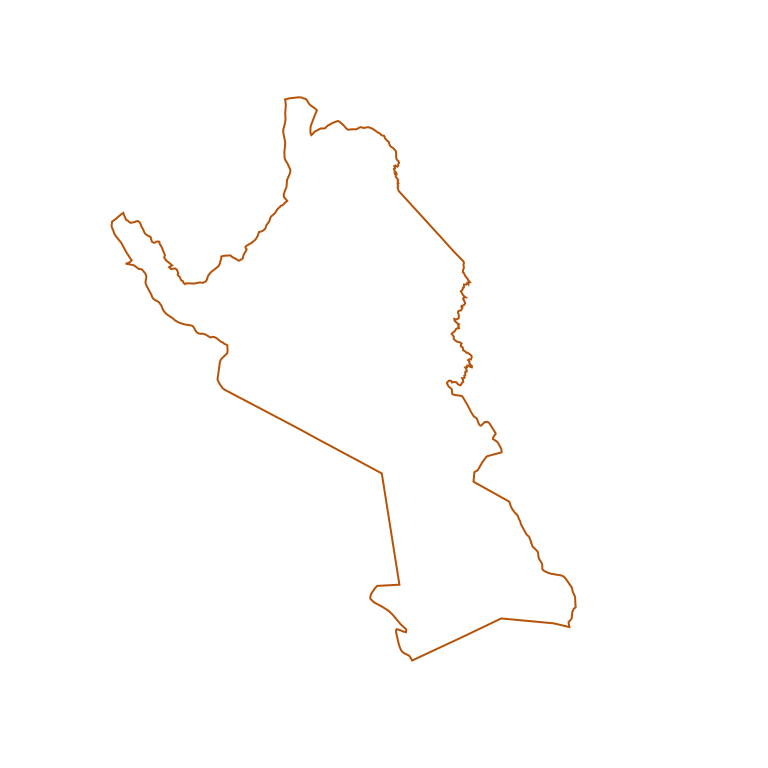 Sotik, Rift Valley, Kenya (Equal Earth projection), rotated 317°
{"feature_id": "3690345B96591011097593", "entity_name": "Sotik", "entity_type": "district", "adm_level": 2, "iso_a3": "KEN", "parent_name": "Kenya", "parent_adm1": "Rift Valley", "projection": "equal_earth", "projection_center": [35.146, -0.766], "detail": "fine", "context": "isolated", "style": "outline", "palette": "amber", "viewbox_px": 768, "rotation_deg": 317, "n_neighbors": 0, "source": "geoboundaries", "source_scale": "gbopen_adm2", "svg_char_len": 6148}
<svg xmlns="http://www.w3.org/2000/svg" viewBox="0 0 768 768"><g transform="rotate(317 384 384)"><path d="M551.6,221.3L551.6,217.8L550.8,214.4L551.8,211.5L552.6,210.5L552.3,208.3L552.3,204.8L553.0,203.8L553.3,202.3L552.4,201.4L551.8,199.7L551.8,197.7L551.1,196.1L549.9,190.3L549.4,188.7L547.8,185.6L545.5,183.9L543.9,183.1L542.2,180.3L541.2,179.8L537.4,178.8L534.0,175.6L531.7,174.0L530.9,172.9L530.7,170.9L530.9,167.9L530.7,164.8L530.4,162.2L529.7,160.2L523.7,157.7L521.3,157.4L520.3,156.8L517.0,156.6L515.8,156.8L514.6,156.4L512.1,154.0L507.1,152.6L505.4,152.2L503.9,152.2L502.4,152.5L500.6,152.4L501.4,150.3L504.7,146.7L506.7,145.2L516.2,140.5L521.6,138.1L521.5,136.0L521.1,133.4L520.5,131.0L520.2,129.2L520.4,127.3L521.3,123.3L521.0,121.7L519.9,120.2L519.1,118.2L517.0,116.0L509.7,110.6L505.6,108.4L504.7,110.0L502.3,113.2L496.6,118.4L492.3,123.5L489.0,126.0L484.2,129.0L481.7,131.5L476.7,139.7L473.9,142.5L469.5,146.2L465.4,150.9L464.5,153.2L463.7,157.3L461.6,163.4L460.0,165.1L458.8,165.8L452.2,168.7L447.3,173.2L445.8,174.1L443.3,175.1L439.4,177.4L438.4,178.9L438.1,184.1L434.1,183.9L432.9,184.1L431.3,184.0L430.0,183.2L428.8,183.5L425.4,183.4L421.3,184.6L420.0,184.7L415.8,184.5L414.2,185.0L410.8,186.9L406.0,187.7L403.9,189.1L402.8,189.4L400.7,189.4L399.1,189.1L396.1,187.6L392.8,189.5L389.4,190.5L387.7,190.7L386.0,190.7L384.7,190.4L383.3,190.6L381.9,190.0L376.8,189.0L375.7,189.8L375.4,191.8L372.6,192.9L370.4,193.4L368.1,194.6L366.8,195.7L365.2,195.7L362.1,195.0L361.5,193.7L361.1,191.9L359.5,187.2L359.4,185.2L354.2,180.9L351.9,179.8L350.7,181.2L347.7,182.8L346.5,183.7L343.9,184.9L341.5,184.9L334.3,184.2L332.6,184.3L329.2,184.9L325.2,187.1L323.6,187.4L320.5,186.5L318.7,184.2L313.6,181.0L308.2,175.6L306.6,175.3L306.3,173.4L307.1,171.8L306.4,169.9L307.7,166.1L307.4,164.6L307.8,163.2L309.1,162.7L310.4,159.2L310.1,157.1L306.7,154.7L306.5,152.0L309.9,152.8L309.5,148.5L308.9,144.7L309.6,141.5L311.6,140.5L314.0,134.2L314.7,132.6L315.5,128.6L316.7,126.7L315.5,125.2L314.2,124.5L313.0,124.4L311.9,123.6L311.3,121.8L312.4,119.2L313.6,117.4L312.3,113.8L311.8,111.5L312.2,109.4L313.2,106.8L314.2,102.7L315.2,100.8L315.5,98.8L315.2,97.0L313.7,96.0L312.4,95.7L308.6,93.3L308.1,91.6L308.0,89.7L307.4,88.0L308.7,84.2L310.0,81.0L306.6,80.6L300.8,80.4L295.9,79.8L292.6,82.5L291.7,84.2L290.5,87.5L289.1,90.6L288.6,94.6L288.1,101.5L285.3,112.5L283.7,121.6L280.0,121.3L277.1,119.8L281.3,125.4L282.1,126.9L283.1,132.6L284.4,134.0L285.1,135.3L285.0,137.3L284.8,139.9L284.3,142.0L283.3,143.6L279.5,146.5L278.4,147.7L277.6,149.3L274.7,160.2L273.8,162.2L273.4,164.4L273.8,166.5L275.1,170.0L275.0,172.1L274.6,175.1L273.5,177.5L272.9,179.5L272.5,183.3L272.8,185.7L274.3,191.9L274.6,195.2L275.9,199.2L278.6,204.2L282.5,209.1L283.5,210.8L283.5,212.9L282.5,216.8L282.3,218.8L283.0,220.7L283.8,221.9L285.9,223.8L286.6,225.0L287.4,226.7L288.4,230.4L289.0,231.8L290.5,232.4L291.8,233.7L292.9,236.6L293.5,241.6L294.4,243.6L294.5,245.1L295.8,248.7L292.8,252.5L290.3,254.6L282.2,254.7L279.4,255.7L266.2,266.4L265.3,267.3L264.5,269.3L263.7,272.7L263.1,277.2L263.8,280.3L290.1,355.5L297.5,377.7L321.4,447.9L258.4,541.3L241.3,527.0L238.1,527.2L231.8,528.7L230.3,529.3L228.6,530.5L227.5,532.0L227.8,536.3L228.1,537.8L230.9,546.1L232.6,552.7L233.0,558.7L232.3,571.5L232.9,578.0L232.1,579.6L230.8,580.5L229.3,578.3L228.4,576.1L226.2,572.0L224.7,572.4L222.9,574.8L217.7,583.8L215.9,587.5L215.0,590.3L214.7,592.2L215.0,594.1L215.5,595.7L216.9,599.1L217.1,600.6L216.0,605.4L272.8,623.8L309.8,635.4L344.9,674.8L353.8,688.2L356.5,684.0L360.7,683.7L362.2,682.9L363.2,681.7L364.7,680.6L366.3,679.1L369.2,677.9L372.1,677.9L374.2,675.1L377.7,671.0L379.0,669.0L380.4,664.5L382.5,661.2L384.1,650.5L384.1,647.5L383.4,645.3L376.6,636.5L375.0,633.4L374.0,630.9L373.4,628.6L373.8,627.0L376.1,624.6L376.9,623.3L377.4,621.8L378.1,617.8L379.5,615.2L381.5,612.6L382.1,611.1L382.0,606.2L381.7,604.8L382.3,603.1L383.0,601.8L383.3,600.0L384.2,599.3L385.1,596.5L385.9,595.0L385.6,590.9L386.6,587.4L388.2,581.0L388.7,579.5L389.6,578.1L390.2,576.5L390.6,574.7L391.5,572.8L392.1,571.2L392.0,566.8L392.5,562.8L393.4,559.8L395.4,555.6L382.8,516.5L390.0,510.1L393.8,511.0L402.1,508.4L408.8,507.1L410.5,507.3L423.3,514.2L424.2,513.3L425.1,512.2L425.7,510.7L427.2,505.0L427.3,503.2L426.2,498.6L427.4,497.5L429.9,496.9L431.0,496.9L432.0,496.2L434.0,486.3L434.3,484.0L433.9,482.3L431.7,480.5L426.6,480.7L425.9,479.6L426.3,477.3L428.0,473.4L428.4,471.6L427.7,470.0L427.7,468.4L428.4,464.5L430.7,456.3L432.5,448.3L432.8,445.8L428.1,440.1L427.1,437.9L430.0,434.0L429.6,429.6L430.4,426.7L431.3,425.9L433.9,425.9L435.2,427.5L434.8,429.3L436.1,429.9L438.1,432.0L437.9,434.4L438.6,436.7L440.0,437.1L441.5,436.3L443.3,436.6L444.5,434.9L445.1,433.0L446.3,434.2L447.5,434.2L448.3,432.7L449.6,432.9L450.6,431.6L451.9,430.5L453.0,431.3L454.3,429.7L454.7,427.2L456.3,428.3L457.4,427.2L458.7,428.5L458.8,430.5L459.6,431.7L460.6,430.8L460.3,428.9L460.8,426.6L461.8,425.8L461.8,423.9L463.3,424.1L464.4,425.4L466.1,424.4L467.2,423.2L467.2,421.3L466.7,419.7L466.6,418.3L465.6,417.6L465.6,415.2L464.8,413.2L465.8,412.2L466.5,410.8L465.9,409.1L466.8,407.9L468.4,407.3L468.2,405.8L466.3,402.9L465.8,400.4L465.8,398.3L467.2,397.2L467.6,395.4L467.6,393.5L469.6,393.3L471.1,393.7L474.2,392.9L475.7,393.3L476.9,394.4L478.2,391.7L479.6,391.5L479.1,390.2L478.7,386.1L479.8,384.4L480.6,385.8L482.1,386.6L483.7,386.7L485.7,384.6L487.1,381.9L488.5,381.4L490.4,382.7L493.3,381.8L493.4,380.0L494.5,379.9L495.5,380.7L496.7,380.8L498.4,380.3L499.3,378.2L499.9,375.6L501.6,375.3L502.8,376.3L502.3,373.4L503.5,368.5L505.8,368.6L507.2,367.5L508.2,367.9L510.4,365.8L511.8,367.3L513.8,366.8L513.7,368.7L515.1,367.5L516.3,368.2L516.4,366.0L516.8,364.2L517.1,360.3L518.0,357.7L518.0,355.9L519.5,354.6L521.8,353.4L523.4,351.0L524.8,350.2L525.7,348.9L525.4,334.6L525.7,316.9L526.4,252.8L528.1,249.3L529.4,249.0L530.3,246.9L531.5,247.0L532.0,245.2L533.6,244.4L534.0,240.4L535.0,239.1L535.4,237.7L536.3,239.1L537.1,238.0L536.9,235.8L537.8,233.5L539.3,233.8L540.0,231.7L541.3,231.9L541.8,234.1L543.2,234.2L544.4,232.8L545.9,232.5L546.5,230.9L546.4,228.8L546.9,227.3L550.9,222.7L551.6,221.3Z" fill="none" stroke="#b45309" stroke-width="2"/></g></svg>